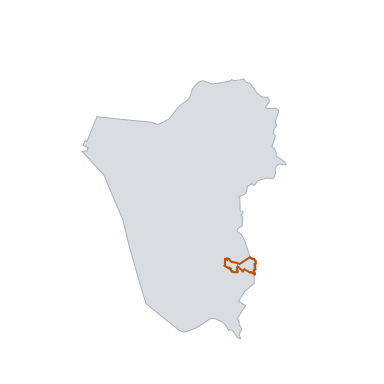 location of Al-Amara, Maysan, Iraq, rotated 33°
{"feature_id": "34846034B34105115765151", "entity_name": "Al-Amara", "entity_type": "district", "adm_level": 2, "iso_a3": "IRQ", "parent_name": "Iraq", "parent_adm1": "Maysan", "projection": "albers", "projection_center": [47.067, 32.106], "detail": "fine", "context": "in_parent", "style": "outline", "palette": "amber", "viewbox_px": 384, "rotation_deg": 33, "n_neighbors": 0, "source": "geoboundaries", "source_scale": "gbopen_adm2", "svg_char_len": 6485}
<svg xmlns="http://www.w3.org/2000/svg" viewBox="0 0 384 384"><g transform="rotate(33 192 192)"><path d="M164.1,76.2L166.4,75.7L170.7,72.4L173.4,69.2L174.2,68.9L176.3,70.1L177.9,70.4L181.6,69.3L183.8,70.1L185.6,71.0L186.6,71.1L191.4,73.3L192.6,73.6L195.2,73.9L198.9,74.1L201.4,72.9L203.2,71.6L204.4,71.7L205.6,72.0L206.5,72.6L207.3,73.6L207.7,75.0L207.4,79.4L207.7,80.6L208.4,81.4L209.2,81.6L210.3,80.7L212.1,79.3L214.4,77.9L216.1,76.5L217.0,76.0L218.5,76.1L220.0,76.4L220.7,77.1L220.7,77.3L221.5,79.4L223.3,87.2L224.4,88.2L225.6,89.0L226.5,90.2L226.8,91.4L226.7,93.2L226.7,95.3L227.2,96.9L227.9,98.1L228.5,98.7L229.5,98.8L230.8,99.1L231.6,100.3L234.0,109.2L234.3,110.4L235.4,110.8L237.2,110.6L239.0,111.6L241.0,113.0L242.8,115.8L244.1,116.2L248.0,115.9L253.4,116.3L256.0,117.7L255.7,118.6L253.7,119.5L250.3,120.6L249.3,122.5L248.7,125.0L248.8,126.4L249.6,127.9L252.0,131.0L252.1,132.1L252.5,133.6L253.0,134.7L252.5,136.7L250.2,138.1L247.3,139.5L241.4,146.2L240.9,147.7L240.9,151.7L240.3,152.8L238.4,152.8L237.0,152.6L236.9,154.0L235.9,155.8L235.4,157.4L237.5,161.3L237.8,163.3L237.5,165.2L235.4,168.3L234.2,170.5L234.5,171.0L236.0,171.8L240.8,178.9L242.4,181.4L244.5,180.8L245.2,180.8L245.8,181.2L246.2,182.1L246.2,183.1L245.7,184.7L248.3,185.4L249.2,187.0L252.3,192.5L252.1,194.1L250.6,196.7L250.6,198.4L250.9,200.0L251.4,200.5L256.0,200.7L257.9,201.4L262.7,204.2L268.1,208.5L272.5,212.0L276.3,215.0L280.4,214.8L281.5,215.4L282.5,216.3L283.7,218.8L286.0,224.3L288.0,226.2L291.1,230.6L294.0,234.8L292.2,240.5L290.3,246.4L290.4,254.0L290.4,258.1L294.4,258.2L298.8,258.4L298.8,263.3L298.9,268.2L299.0,273.8L300.3,274.0L302.4,275.2L303.3,277.0L304.4,278.0L305.8,278.2L307.1,279.0L308.4,280.6L308.9,281.9L308.6,282.7L308.9,284.2L309.8,286.3L310.9,287.3L312.7,288.5L310.4,289.2L307.8,288.7L302.3,286.3L300.6,286.2L298.3,287.2L298.2,288.0L292.5,285.3L290.4,284.8L289.6,284.7L286.4,284.8L281.7,285.3L278.9,286.4L277.0,287.6L276.2,288.8L275.9,289.4L274.4,292.8L272.6,297.2L270.8,301.2L267.3,306.8L265.4,309.4L261.2,314.1L256.7,315.1L246.2,314.0L234.6,312.9L223.1,311.6L214.5,310.7L213.9,310.4L205.5,303.3L199.0,297.8L190.9,290.8L182.6,283.6L174.2,276.3L168.2,271.0L160.9,264.1L154.3,257.9L149.2,252.9L142.4,248.5L137.2,245.0L129.6,239.9L123.6,235.8L118.4,232.3L110.5,226.9L107.8,225.4L99.4,223.2L91.4,221.3L83.2,219.2L77.7,217.9L81.6,214.6L80.7,211.4L78.0,211.8L75.5,212.4L74.4,207.3L76.4,206.9L75.1,200.4L73.8,193.7L72.6,187.2L71.3,180.6L78.6,176.9L84.0,174.2L91.5,170.4L98.8,166.6L105.6,163.1L113.2,159.1L120.0,155.6L126.0,154.3L127.3,153.2L130.4,147.9L132.9,143.5L133.1,142.4L133.5,135.9L134.3,128.2L135.3,124.2L136.8,120.7L138.1,118.1L138.4,115.6L138.4,113.1L137.3,109.3L136.2,105.3L136.6,101.5L136.9,99.4L137.9,96.2L139.4,93.9L141.0,92.5L146.6,91.3L149.9,90.6L154.5,86.6L157.2,84.2L161.0,80.4L163.8,77.6L164.0,76.6L164.1,76.2Z" fill="#d9dde1" stroke="#a8b0b8" stroke-width="1"/><path d="M289.6,227.2L289.5,226.7L289.5,226.4L289.4,226.2L289.1,226.0L288.9,225.9L288.7,225.7L288.3,225.3L288.2,225.3L287.8,225.4L287.6,225.4L287.4,225.4L287.2,225.1L287.1,224.9L286.9,224.8L286.7,224.7L286.6,224.3L286.6,224.1L286.6,223.8L286.6,223.7L286.7,223.4L286.9,223.4L287.0,223.2L287.3,222.9L287.3,222.7L287.4,222.4L287.4,222.2L287.2,221.9L286.8,221.8L286.7,221.7L286.4,221.3L286.2,221.2L285.8,220.8L285.7,220.6L285.7,220.4L285.7,220.2L285.8,220.1L285.7,219.8L285.3,219.5L285.2,219.4L284.8,219.3L284.7,219.4L284.4,219.3L284.3,219.2L284.3,218.8L284.3,218.7L284.2,218.6L283.9,218.4L284.0,218.3L284.3,218.3L284.4,218.2L284.6,218.0L284.6,217.8L284.6,217.6L284.6,217.4L284.5,217.1L284.4,216.9L284.3,216.7L284.1,216.6L283.8,216.4L283.7,216.2L283.5,215.8L283.4,215.7L283.2,215.4L283.0,215.2L282.9,215.0L282.7,215.0L282.2,215.0L281.8,215.0L281.6,214.9L281.4,214.8L281.2,214.7L280.8,214.3L280.7,214.3L280.4,214.5L280.2,214.6L279.9,214.8L279.7,214.9L279.4,215.0L279.2,215.1L278.8,215.3L278.5,215.4L278.1,215.3L277.9,215.2L277.8,215.3L277.7,215.5L277.1,215.4L276.7,215.1L276.2,214.9L275.9,215.7L275.5,216.7L275.0,217.6L274.6,218.6L274.1,219.7L273.6,220.8L273.3,221.6L272.9,222.5L272.6,223.2L272.3,223.9L271.9,224.7L271.6,225.3L271.3,226.0L271.1,226.5L270.5,226.5L270.0,226.7L269.5,227.0L268.7,226.9L268.1,226.9L267.9,227.0L267.5,227.3L267.1,227.7L266.8,227.8L266.3,227.7L265.8,227.8L265.4,228.0L264.9,228.2L264.5,228.6L264.0,228.9L263.5,229.0L263.2,228.8L262.6,228.9L262.3,229.0L262.2,229.1L261.3,228.7L260.9,228.5L260.7,228.4L260.0,228.1L259.5,228.1L259.0,228.1L258.6,228.1L257.9,228.3L257.6,228.4L257.4,228.6L257.3,228.9L257.3,229.0L257.7,229.4L258.0,229.7L258.1,229.8L257.9,229.8L257.2,229.9L256.6,229.9L256.2,230.0L256.4,230.4L256.6,230.9L256.8,231.1L257.1,231.6L257.3,232.0L257.5,232.3L257.8,232.6L257.8,232.8L257.8,233.0L258.0,233.2L258.4,233.7L258.9,234.3L259.2,234.8L259.3,235.1L259.4,235.4L259.3,235.7L259.3,236.1L259.6,236.1L259.9,236.1L260.3,236.1L260.6,236.1L261.1,236.1L261.5,236.1L261.8,236.1L262.1,236.1L262.6,236.1L263.1,236.0L263.6,236.0L263.9,236.0L264.0,236.0L264.4,236.0L264.4,235.6L264.4,235.2L264.8,235.2L265.2,235.2L265.5,235.1L266.0,235.1L266.4,235.1L266.4,235.4L266.4,235.8L266.5,236.1L267.0,236.4L267.3,236.5L267.6,236.7L268.0,236.9L268.4,237.0L268.4,236.9L268.6,236.6L268.8,236.4L269.1,236.3L269.4,236.5L269.6,236.6L269.9,236.8L270.3,236.6L270.5,236.5L270.9,236.4L271.2,236.2L271.5,236.0L271.7,235.8L272.0,235.6L272.2,235.4L272.4,235.3L272.7,235.3L273.0,235.3L273.4,235.0L273.4,234.9L273.5,234.6L273.6,234.4L273.9,234.1L273.9,233.9L273.6,233.6L273.3,233.2L273.2,233.1L272.9,233.0L272.7,233.0L272.3,232.9L272.1,232.8L271.8,232.8L271.7,232.6L271.7,232.4L271.7,232.2L271.7,231.9L271.4,231.6L271.2,231.4L271.0,231.1L270.8,230.8L270.7,230.6L270.7,230.3L270.7,230.1L270.7,229.9L270.7,229.7L270.9,229.8L271.0,229.8L271.4,229.8L271.6,229.8L271.8,229.8L271.9,229.7L272.1,229.7L272.3,229.6L272.5,229.6L272.9,229.7L273.2,229.9L273.5,230.1L273.8,230.2L274.1,230.3L274.3,230.3L274.5,230.3L274.8,230.3L275.0,230.2L275.4,230.2L275.6,230.2L275.9,230.2L276.1,230.4L276.3,230.4L276.4,230.5L276.6,230.6L276.9,230.7L277.1,230.7L277.3,230.8L277.6,230.8L277.8,230.9L277.9,231.0L278.0,231.0L278.0,230.7L278.0,230.4L277.9,230.2L277.9,229.9L277.9,229.7L277.9,229.4L278.0,229.0L278.0,228.8L278.0,228.6L278.1,228.4L278.2,228.2L278.4,228.3L278.6,228.3L279.0,228.2L279.3,228.2L280.2,228.2L281.4,228.1L282.3,228.1L283.0,228.1L283.4,228.0L284.0,228.1L284.5,228.1L284.7,227.7L284.9,227.1L285.4,227.0L286.7,227.1L288.1,227.1L288.8,227.1L289.1,227.2L289.6,227.2Z" fill="none" stroke="#b45309" stroke-width="2"/></g></svg>